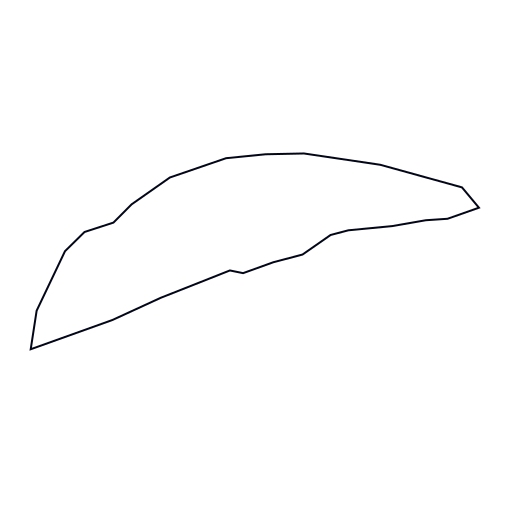 Oneop, Federated States of Micronesia, rotated 93°
{"feature_id": "79324940B91828463589431", "entity_name": "Oneop", "entity_type": "district", "adm_level": 2, "iso_a3": "FSM", "parent_name": "Federated States of Micronesia", "parent_adm1": "", "projection": "equal_earth", "projection_center": [153.711, 5.508], "detail": "fine", "context": "isolated", "style": "outline", "palette": "ink", "viewbox_px": 512, "rotation_deg": 93, "n_neighbors": 0, "source": "geoboundaries", "source_scale": "gbopen_adm2", "svg_char_len": 461}
<svg xmlns="http://www.w3.org/2000/svg" viewBox="0 0 512 512"><g transform="rotate(93 256 256)"><path d="M159.9,291.0L182.1,346.1L210.9,382.9L230.1,400.1L241.0,428.5L261.2,447.0L322.1,472.2L360.9,476.1L327.4,396.0L302.7,348.9L271.8,281.3L273.8,268.0L261.3,238.3L252.1,209.6L231.1,182.6L225.5,165.1L219.0,121.5L211.4,88.3L208.8,66.7L196.1,35.9L176.7,53.9L158.4,136.7L151.1,213.5L153.9,251.7L159.9,291.0Z" fill="none" stroke="#020617" stroke-width="2"/></g></svg>